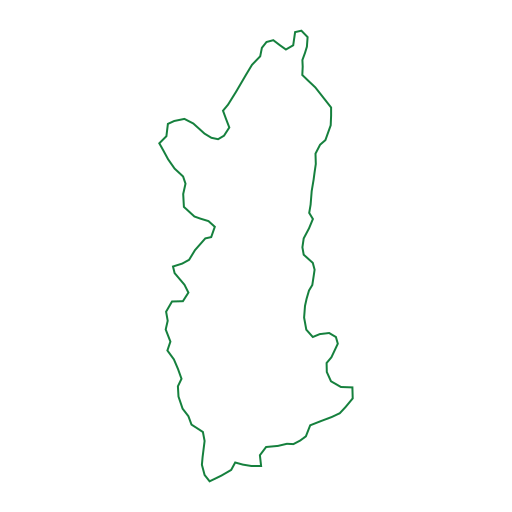 the district of Aparecida, São Paulo, Brazil
{"feature_id": "56859067B61499602209927", "entity_name": "Aparecida", "entity_type": "district", "adm_level": 2, "iso_a3": "BRA", "parent_name": "Brazil", "parent_adm1": "São Paulo", "projection": "orthographic", "projection_center": [-45.236, -22.909], "detail": "fine", "context": "isolated", "style": "outline", "palette": "green", "viewbox_px": 512, "rotation_deg": 0, "n_neighbors": 0, "source": "geoboundaries", "source_scale": "gbopen_adm2", "svg_char_len": 1691}
<svg xmlns="http://www.w3.org/2000/svg" viewBox="0 0 512 512"><path d="M261.1,466.0L259.9,455.2L266.1,447.0L278.0,445.9L286.9,443.8L293.4,444.1L300.1,440.6L305.9,436.3L310.2,425.3L321.1,421.0L332.0,416.9L339.8,413.2L345.5,407.1L352.7,398.4L352.4,387.4L340.9,387.0L331.0,381.3L326.8,372.0L326.6,363.0L331.4,357.3L337.8,343.7L335.9,337.0L329.1,333.0L319.8,334.1L312.8,337.0L306.3,329.7L304.1,317.6L305.0,305.9L306.6,298.7L309.0,290.5L312.3,285.0L313.6,276.5L314.6,269.7L312.8,262.9L303.7,254.7L302.4,247.3L303.7,238.4L309.0,228.4L312.9,219.0L309.2,212.9L310.6,204.7L311.7,191.0L313.6,179.7L314.5,172.9L315.8,164.0L315.5,153.6L320.1,144.7L325.4,140.1L330.7,125.3L331.1,115.7L331.1,107.5L315.3,87.4L308.2,80.7L302.3,75.0L302.7,66.7L302.4,60.0L305.0,52.9L306.9,46.7L307.6,37.1L301.4,30.7L295.1,32.1L293.2,45.3L285.9,49.5L280.0,45.3L273.3,40.2L266.5,42.0L261.9,47.8L260.2,56.3L252.0,64.8L246.1,74.6L236.1,91.7L228.0,104.7L223.0,110.7L225.9,118.6L229.3,127.5L224.0,135.7L218.1,139.2L211.4,137.8L204.5,133.6L193.3,123.5L184.4,118.9L174.2,121.0L167.9,123.9L166.4,136.2L159.3,143.3L163.4,150.6L168.1,159.3L174.6,168.6L183.1,176.5L185.5,183.7L183.2,194.0L183.9,206.9L194.4,216.5L200.3,218.6L208.5,221.1L214.8,226.8L211.2,237.1L205.3,238.4L195.0,250.1L189.1,259.8L182.2,263.6L173.0,266.5L174.6,273.1L184.5,284.8L188.4,292.6L182.9,301.2L172.0,301.5L166.1,311.7L167.7,320.8L165.7,329.5L170.4,341.6L167.4,350.5L173.9,359.4L178.0,369.0L181.5,378.8L177.9,386.3L178.5,396.6L182.6,408.7L188.4,416.2L191.5,424.6L202.9,432.0L204.6,441.0L202.6,457.0L201.9,464.8L204.6,475.0L209.6,481.3L221.4,475.6L231.2,469.9L235.2,462.5L242.8,464.6L251.4,466.0L261.1,466.0Z" fill="none" stroke="#15803d" stroke-width="2"/></svg>